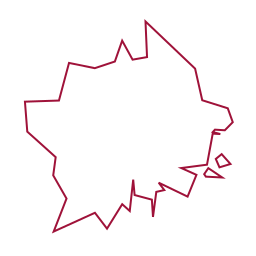 Olbia-Tempio, Natural Earth projection, rotated 93°
{"feature_id": "ITA-5375", "entity_name": "Olbia-Tempio", "entity_type": "Province", "adm_level": 1, "iso_a3": "ITA", "parent_name": "Italy", "parent_adm1": "", "projection": "natural_earth1", "projection_center": [9.374, 40.9], "detail": "coarse", "context": "isolated", "style": "outline", "palette": "rose", "viewbox_px": 256, "rotation_deg": 93, "n_neighbors": 0, "source": "natural_earth", "source_scale": "10m", "svg_char_len": 718}
<svg xmlns="http://www.w3.org/2000/svg" viewBox="0 0 256 256"><g transform="rotate(93 128 128)"><path d="M20.7,116.1L65.2,64.1L96.4,55.3L103.1,29.4L116.7,23.7L125.2,31.2L125.1,41.1L127.6,43.1L129.2,35.5L129.2,43.1L160.5,47.2L165.2,72.7L171.2,57.2L193.4,64.9L181.0,94.5L188.1,88.5L190.3,96.4L215.5,98.4L198.3,100.4L194.6,117.9L179.3,120.1L210.8,121.9L204.4,129.8L229.6,143.7L214.4,156.6L235.3,196.8L201.7,185.7L179.2,200.2L160.9,198.7L136.9,228.4L107.1,232.3L104.2,198.4L66.1,190.3L70.0,164.3L62.3,144.6L41.1,138.4L59.5,127.0L56.2,112.7L20.7,116.1ZM162.5,34.6L154.3,38.7L149.2,33.1L158.6,23.8L162.5,34.6ZM172.5,31.3L172.5,47.7L170.1,49.5L163.9,45.7L172.5,31.3Z" fill="none" stroke="#9f1239" stroke-width="2"/></g></svg>